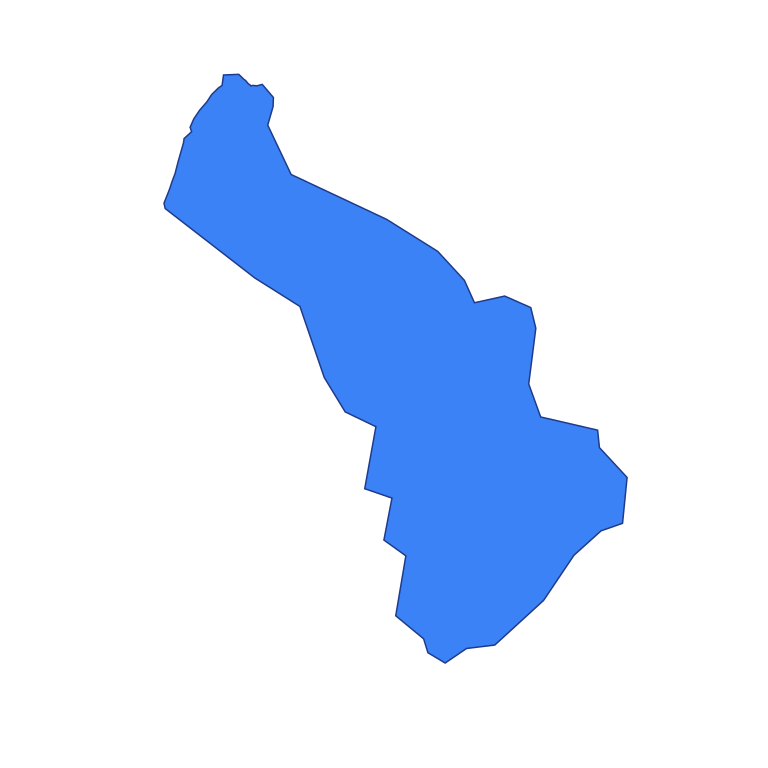 Bazar-Korgon, Jalal-Abad, Kyrgyzstan, rotated 110°
{"feature_id": "92254566B21007604083184", "entity_name": "Bazar-Korgon", "entity_type": "district", "adm_level": 2, "iso_a3": "KGZ", "parent_name": "Kyrgyzstan", "parent_adm1": "Jalal-Abad", "projection": "equal_earth", "projection_center": [72.866, 41.193], "detail": "fine", "context": "isolated", "style": "filled", "palette": "blue", "viewbox_px": 768, "rotation_deg": 110, "n_neighbors": 0, "source": "geoboundaries", "source_scale": "gbopen_adm2", "svg_char_len": 939}
<svg xmlns="http://www.w3.org/2000/svg" viewBox="0 0 768 768"><g transform="rotate(110 384 384)"><path d="M621.5,250.8L625.3,231.1L604.3,216.0L591.4,190.6L532.7,160.0L479.9,146.9L447.7,129.8L433.3,112.2L388.7,123.6L370.1,159.8L355.5,166.9L354.3,167.5L361.4,225.5L334.5,248.0L279.7,260.4L262.0,272.2L260.1,300.7L276.7,326.8L259.1,343.9L241.0,378.9L228.4,437.9L218.9,542.9L180.5,581.8L161.3,583.1L152.6,585.9L144.1,600.9L147.2,605.3L148.4,609.7L149.5,611.1L148.8,612.1L148.2,614.4L146.1,617.9L145.7,619.7L142.7,626.4L148.5,640.5L158.8,638.3L162.5,640.9L170.8,644.9L179.3,646.9L189.8,650.9L199.8,653.4L209.1,654.0L212.7,651.1L221.7,655.8L225.9,654.9L245.6,653.5L257.7,652.3L266.4,652.4L272.2,652.2L275.8,652.2L289.3,652.6L294.0,649.6L328.6,541.5L339.9,489.5L398.3,442.4L423.5,410.9L426.9,377.0L489.0,366.3L488.5,337.5L530.7,330.7L538.0,304.7L597.8,293.7L609.9,259.6L621.5,250.8Z" fill="#3b82f6" stroke="#1e3a8a" stroke-width="1.5"/></g></svg>